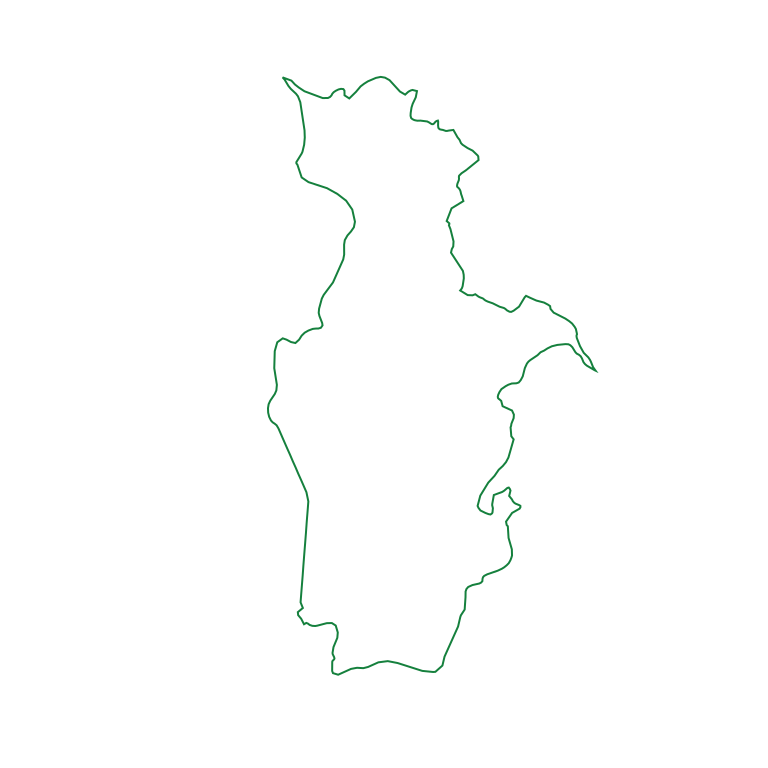 Norte de Santander, orthographic projection, rotated 199°
{"feature_id": "COL-1421", "entity_name": "Norte de Santander", "entity_type": "Department", "adm_level": 1, "iso_a3": "COL", "parent_name": "Colombia", "parent_adm1": "", "projection": "orthographic", "projection_center": [-72.935, 8.085], "detail": "fine", "context": "isolated", "style": "outline", "palette": "green", "viewbox_px": 768, "rotation_deg": 199, "n_neighbors": 0, "source": "natural_earth", "source_scale": "10m", "svg_char_len": 4818}
<svg xmlns="http://www.w3.org/2000/svg" viewBox="0 0 768 768"><g transform="rotate(199 384 384)"><path d="M338.1,94.0L339.6,95.8L342.5,104.5L342.5,105.4L341.5,107.5L341.5,108.4L342.3,109.6L344.5,111.8L345.1,112.9L346.1,118.8L345.5,128.8L346.8,134.0L351.0,139.9L355.5,141.0L360.3,139.2L368.4,133.8L370.2,132.8L373.1,132.0L375.9,132.0L377.9,132.7L379.7,132.8L381.4,130.8L385.9,135.1L389.9,137.5L391.2,140.2L387.8,145.8L391.8,150.4L393.0,155.0L395.7,165.4L398.4,175.9L401.2,186.4L403.9,196.8L406.6,207.3L409.3,217.7L412.1,228.2L414.8,238.7L417.3,248.3L422.1,256.4L426.4,261.1L431.1,266.2L435.8,271.2L440.4,276.3L445.1,281.3L449.7,286.4L454.4,291.4L459.1,296.5L463.7,301.5L469.3,307.6L472.1,310.0L474.5,310.9L476.8,311.5L479.0,312.7L479.1,312.8L481.9,315.6L484.2,319.2L485.8,323.3L486.5,327.3L486.1,331.2L484.0,339.0L483.7,342.9L485.0,348.3L492.9,363.2L498.0,379.5L498.5,388.7L494.6,394.2L490.6,394.2L485.6,393.4L481.1,393.9L478.7,398.3L477.6,402.9L475.7,406.7L472.9,409.9L469.3,412.9L466.8,414.1L464.1,415.1L462.0,416.6L461.2,419.4L462.3,421.5L467.2,427.3L468.9,430.0L469.9,434.1L470.6,444.5L470.0,448.7L465.3,463.4L463.1,488.5L463.8,493.4L467.1,502.8L467.9,507.3L466.9,512.6L464.9,517.4L463.5,522.4L464.3,528.0L470.8,538.6L479.5,545.0L484.0,546.5L489.9,548.5L501.6,550.6L521.1,550.3L529.1,552.5L537.3,563.2L538.6,564.0L539.1,565.2L536.9,575.0L536.7,577.0L537.4,584.2L539.1,591.1L541.7,597.9L554.9,623.2L559.0,628.0L561.7,629.8L568.2,632.7L571.4,634.7L577.0,639.4L579.7,640.9L570.3,640.7L565.7,638.2L561.1,636.6L554.5,634.9L535.0,634.4L530.1,636.2L528.5,637.8L527.6,639.8L527.4,641.5L526.6,643.5L525.1,645.5L522.9,647.7L520.7,649.1L518.4,649.6L516.9,648.5L515.3,644.1L509.8,642.7L505.6,651.1L503.0,657.8L500.6,661.4L497.8,664.9L491.3,670.8L487.1,673.3L482.8,674.0L477.7,673.1L464.1,665.7L458.2,664.5L456.4,667.8L455.6,668.9L454.1,670.4L452.8,671.3L448.2,671.7L447.3,665.4L448.1,658.3L448.0,654.4L447.0,648.9L446.2,646.2L444.9,644.3L443.4,643.7L441.3,643.4L439.4,643.6L437.9,643.9L435.3,644.9L428.6,646.3L426.5,646.0L424.6,645.5L423.4,645.3L422.3,645.6L421.6,646.4L420.7,648.7L419.9,649.8L418.8,650.6L418.2,649.7L417.1,646.2L416.0,643.9L414.4,643.0L412.8,643.1L411.1,643.4L408.0,643.4L406.8,643.8L405.1,644.8L401.1,646.8L394.8,641.2L392.1,639.5L389.6,636.8L387.6,635.8L381.8,634.3L376.2,633.5L369.9,630.6L369.0,629.9L367.5,626.5L376.2,612.6L379.3,608.5L380.8,605.4L380.6,604.1L380.0,602.8L379.6,601.1L379.8,597.4L379.6,595.6L379.1,594.4L376.7,593.3L375.3,592.2L374.4,591.1L372.8,588.5L371.8,587.3L368.5,582.8L377.3,572.1L377.8,558.5L374.6,557.2L374.3,556.7L374.3,555.2L371.6,552.1L364.7,541.5L363.3,536.6L363.8,533.6L363.4,530.0L346.2,516.6L344.2,513.2L342.9,509.8L341.5,502.1L341.5,500.6L341.6,499.5L342.4,497.2L333.8,495.3L329.1,496.7L326.9,498.6L323.1,497.4L321.7,497.2L318.7,497.1L317.7,496.9L316.9,496.5L315.3,496.0L312.8,495.7L307.5,495.7L299.8,494.7L295.4,494.9L294.0,494.6L292.7,494.1L291.9,493.7L288.9,493.2L287.2,493.6L285.3,495.5L281.5,501.1L279.2,511.8L278.4,513.6L274.0,513.1L267.1,512.5L259.2,513.1L254.7,512.4L252.3,511.7L251.0,509.2L246.8,506.7L233.9,504.9L229.3,503.7L225.8,502.4L222.3,500.1L220.5,498.5L218.1,494.6L217.7,493.8L217.8,492.8L217.5,491.8L216.7,490.3L211.0,483.6L205.3,478.5L199.5,475.7L197.1,473.9L195.5,472.3L191.8,468.0L188.3,465.5L189.3,465.6L198.2,467.4L200.5,468.3L202.5,469.6L205.2,472.7L207.1,474.3L209.2,475.1L211.7,475.5L213.4,476.4L217.9,480.1L220.4,481.3L222.5,481.6L225.4,480.8L232.8,477.4L237.6,474.3L241.0,470.9L243.5,467.7L246.3,465.0L248.2,461.2L253.5,454.2L254.7,452.2L255.5,449.9L256.0,444.9L255.3,436.4L256.0,432.1L257.1,429.3L259.0,427.8L263.3,426.1L266.2,423.8L268.3,421.5L271.3,417.4L272.2,414.0L272.5,411.0L272.3,409.1L271.7,407.9L270.7,407.3L269.9,407.1L267.7,406.2L264.6,401.6L254.3,400.6L251.2,397.3L250.3,393.9L250.6,387.9L250.2,385.8L250.2,384.2L246.6,376.0L243.4,373.9L242.4,355.0L243.2,349.9L245.0,345.1L247.6,340.3L249.6,333.1L253.3,324.7L256.6,309.8L255.8,299.2L254.3,297.6L251.6,295.8L246.2,295.1L242.8,295.0L240.8,295.3L239.7,296.9L239.6,297.9L240.6,302.0L242.3,304.7L242.6,305.8L244.0,314.8L237.0,320.5L235.6,322.3L233.5,325.9L232.3,326.7L230.8,325.7L229.7,324.4L229.2,318.9L225.4,316.5L224.1,315.2L222.4,314.2L220.8,313.7L216.8,313.5L215.4,313.2L214.9,312.0L215.2,310.3L220.9,303.8L223.8,293.6L222.1,290.6L220.6,289.8L216.1,279.0L209.3,269.3L207.1,263.5L207.0,261.2L207.1,258.5L207.7,255.2L209.0,252.5L210.7,249.8L212.4,247.7L215.7,244.5L224.4,237.7L226.8,235.2L227.5,233.5L227.4,231.8L226.8,229.6L227.5,227.9L228.9,226.4L234.9,222.7L238.3,219.5L239.3,217.0L239.3,214.4L237.5,208.9L234.3,197.0L236.0,190.3L236.0,188.5L235.0,178.8L238.0,145.9L237.1,136.8L241.7,128.6L243.8,127.7L254.4,125.2L280.3,124.6L290.2,123.2L298.7,119.0L306.9,111.3L311.0,108.6L317.1,106.9L322.4,103.9L332.7,94.2L338.1,94.0Z" fill="none" stroke="#15803d" stroke-width="2"/></g></svg>